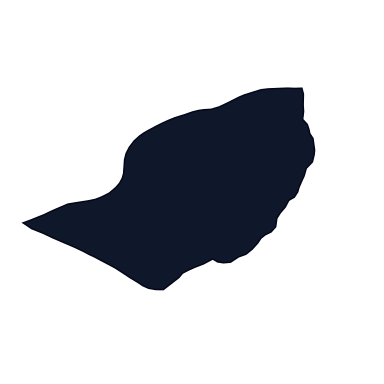 Salinas da Margarida, Bahia, Brazil (Equal Earth projection), rotated 231°
{"feature_id": "56859067B93728767984318", "entity_name": "Salinas da Margarida", "entity_type": "district", "adm_level": 2, "iso_a3": "BRA", "parent_name": "Brazil", "parent_adm1": "Bahia", "projection": "equal_earth", "projection_center": [-38.755, -12.884], "detail": "fine", "context": "isolated", "style": "filled", "palette": "ink", "viewbox_px": 384, "rotation_deg": 231, "n_neighbors": 0, "source": "geoboundaries", "source_scale": "gbopen_adm2", "svg_char_len": 1381}
<svg xmlns="http://www.w3.org/2000/svg" viewBox="0 0 384 384"><g transform="rotate(231 192 192)"><path d="M274.3,41.3L264.3,44.4L253.6,50.4L244.0,55.0L233.1,60.7L222.7,66.2L213.9,70.4L208.2,72.8L202.9,75.4L196.2,78.2L188.8,81.4L181.5,84.5L173.5,87.1L164.3,90.0L156.6,92.8L150.2,94.8L144.5,97.7L138.9,102.6L134.2,108.3L133.8,128.1L134.9,133.6L133.6,139.9L131.8,146.8L128.9,155.7L126.9,166.0L121.6,167.9L117.2,171.9L113.2,177.8L112.3,187.3L109.7,194.8L109.7,202.7L111.0,211.0L112.7,216.4L112.7,221.9L111.2,228.3L112.3,235.1L118.2,241.4L120.2,247.4L121.6,254.9L124.6,262.0L123.6,268.2L125.5,274.1L128.3,278.1L131.5,284.2L134.0,289.3L138.5,295.7L139.6,304.5L144.2,310.5L147.5,313.7L152.0,316.4L157.4,319.7L163.3,320.3L167.1,322.3L172.0,324.1L178.8,323.7L184.4,329.4L189.5,333.0L198.0,340.2L203.5,342.7L207.9,336.9L212.4,331.8L216.7,326.1L224.2,316.0L228.0,310.0L231.0,302.5L234.4,294.0L236.1,288.2L238.9,275.2L241.0,266.7L244.2,258.9L248.3,253.2L251.1,248.6L253.8,242.9L256.9,234.3L260.4,225.6L262.4,219.0L264.1,212.5L265.6,205.8L267.1,198.1L268.1,192.1L268.5,186.7L268.1,179.2L266.2,171.4L263.4,165.1L259.6,160.0L254.3,155.1L249.4,150.5L246.6,146.5L244.4,141.3L243.4,135.5L243.2,127.0L245.1,118.3L247.0,112.4L250.2,106.1L256.6,95.1L260.7,87.9L262.5,81.6L264.5,74.5L266.0,68.8L267.5,62.4L269.6,55.8L271.6,49.2L274.3,41.3Z" fill="#0f172a" stroke="#020617" stroke-width="1.5"/></g></svg>